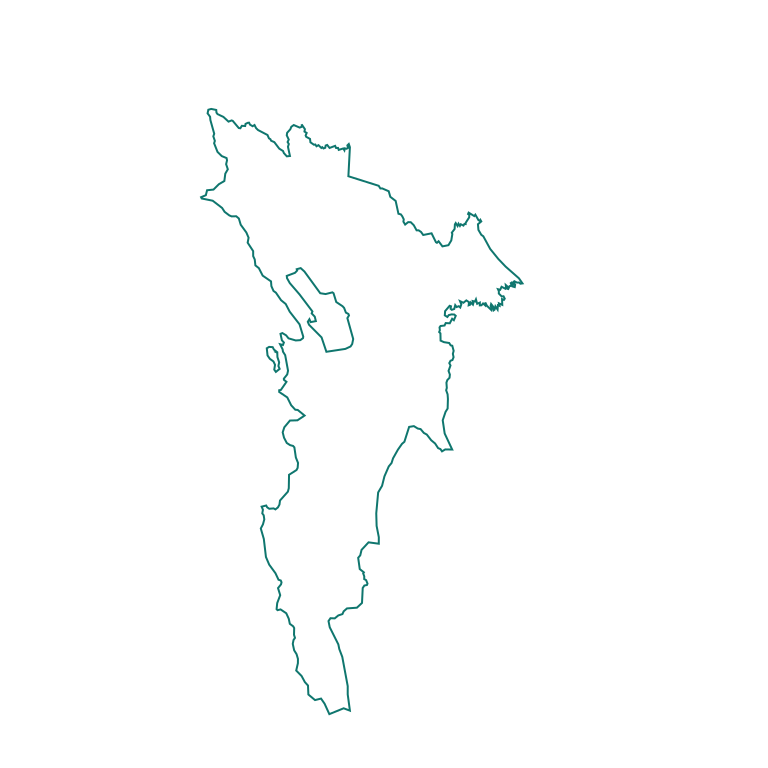 Tapanuli Selatan, Sumatera Utara, Indonesia (Equal Earth projection), rotated 166°
{"feature_id": "22746128B22210082667393", "entity_name": "Tapanuli Selatan", "entity_type": "district", "adm_level": 2, "iso_a3": "IDN", "parent_name": "Indonesia", "parent_adm1": "Sumatera Utara", "projection": "equal_earth", "projection_center": [99.254, 1.551], "detail": "fine", "context": "isolated", "style": "outline", "palette": "teal", "viewbox_px": 768, "rotation_deg": 166, "n_neighbors": 0, "source": "geoboundaries", "source_scale": "gbopen_adm2", "svg_char_len": 6135}
<svg xmlns="http://www.w3.org/2000/svg" viewBox="0 0 768 768"><g transform="rotate(166 384 384)"><path d="M496.1,75.3L494.3,91.6L492.3,99.6L490.5,129.3L491.5,137.7L491.3,142.4L495.5,161.1L495.2,167.4L492.6,169.7L488.5,168.5L484.3,170.5L480.0,170.8L478.1,173.2L474.2,175.2L464.4,173.5L458.3,176.9L454.0,191.2L451.8,193.2L449.2,193.1L448.3,194.3L448.8,198.0L450.4,199.5L449.7,202.1L450.0,205.3L449.1,206.1L452.3,210.3L451.1,221.6L448.5,223.5L445.9,228.5L437.3,234.1L427.7,230.3L426.1,236.6L425.5,248.1L422.8,260.4L415.9,280.2L410.5,285.7L405.9,294.3L399.3,302.9L395.8,305.5L393.2,309.7L386.4,316.9L381.0,321.6L378.2,323.0L370.0,336.3L365.2,335.9L362.0,332.6L359.4,331.4L357.2,326.9L354.7,324.6L351.8,318.0L348.8,313.9L347.0,308.7L345.0,307.2L344.0,304.6L340.4,305.7L333.7,303.9L337.1,321.3L335.8,334.6L331.0,342.1L328.2,344.8L325.6,354.0L324.8,358.6L325.2,362.9L324.0,365.0L323.1,370.2L321.6,372.5L318.9,374.2L317.8,377.2L318.2,381.1L315.0,385.9L315.6,388.5L313.8,390.5L311.8,390.7L310.0,393.2L309.9,396.6L308.4,399.3L308.5,404.6L310.0,405.4L310.8,408.0L315.7,410.1L318.6,412.4L317.0,419.5L317.9,421.1L316.8,422.6L316.4,425.5L315.1,426.6L311.1,426.1L309.4,428.2L305.5,427.0L302.1,430.8L300.8,429.0L297.9,432.8L299.0,434.4L301.6,435.2L304.5,435.2L306.3,433.7L308.4,435.9L307.1,439.9L301.4,444.0L300.2,443.2L301.2,440.9L300.3,439.6L297.7,439.8L295.8,443.3L294.9,441.1L292.6,441.4L291.5,439.8L289.7,442.6L290.2,446.0L287.3,443.6L283.9,445.2L281.7,442.8L282.8,439.9L281.2,440.1L280.0,442.1L278.5,439.5L277.7,440.9L277.8,443.0L275.8,442.0L274.3,443.9L274.2,439.3L271.3,439.8L272.0,437.1L270.4,436.8L268.4,438.2L266.8,435.8L266.0,438.6L265.2,435.0L261.9,429.7L261.2,431.2L261.6,434.0L260.7,435.7L259.3,432.5L259.7,429.0L258.7,429.4L257.1,432.4L255.8,428.8L254.4,432.9L253.0,431.9L252.9,434.4L250.1,432.2L248.9,437.8L247.3,436.6L246.2,437.6L246.8,440.2L248.6,440.5L250.7,444.0L250.1,446.3L250.5,448.4L248.5,447.3L246.4,449.9L243.2,447.1L242.2,448.5L241.9,450.6L240.7,448.8L241.3,446.6L240.5,446.1L238.5,448.6L236.4,448.4L236.6,451.2L235.5,451.6L234.4,449.9L235.6,447.5L233.7,446.4L232.7,448.7L233.7,451.6L232.7,452.2L230.4,450.2L228.4,449.8L227.4,448.3L225.3,448.1L227.5,453.9L237.6,468.5L242.8,477.6L248.3,489.4L251.9,503.3L253.5,505.2L255.1,510.7L254.2,516.3L250.3,518.2L250.8,520.0L251.7,519.2L252.7,520.1L254.4,526.2L255.8,525.1L260.4,529.8L261.3,528.6L260.3,527.6L261.0,525.1L265.8,520.6L266.1,519.4L267.3,519.8L268.6,518.5L270.8,520.4L272.1,519.0L272.9,521.5L274.4,519.5L275.5,522.8L276.6,521.7L278.0,517.3L281.6,514.4L281.4,513.0L284.0,507.0L287.9,503.1L294.0,503.4L296.5,509.3L298.5,508.2L299.3,509.0L301.4,518.7L309.9,519.1L311.3,522.6L313.2,524.7L315.2,525.2L316.7,530.9L318.9,534.5L321.4,535.2L324.9,533.6L325.9,536.8L325.0,539.0L325.7,542.3L326.6,544.5L328.8,545.7L328.4,558.8L332.6,564.1L332.8,569.9L338.4,574.2L340.2,574.6L341.2,577.6L368.3,594.2L359.8,622.0L360.1,625.4L361.8,624.4L361.7,621.8L363.4,621.3L365.0,622.1L365.9,620.3L366.6,622.4L371.3,622.1L371.5,624.2L373.4,624.6L373.8,626.9L379.7,626.2L381.3,629.7L382.9,629.5L383.9,627.4L385.7,627.2L386.6,628.7L387.7,628.2L389.8,631.6L392.0,631.0L392.7,633.0L394.1,633.1L396.9,636.3L396.5,639.7L399.7,642.7L399.9,644.1L398.3,646.3L400.1,648.2L399.1,650.4L401.1,655.8L401.4,653.5L403.8,653.2L408.9,657.1L411.7,656.0L413.3,653.8L417.2,651.2L418.2,648.8L417.3,644.2L419.0,642.1L418.3,639.9L419.8,637.4L420.1,628.0L423.2,628.4L425.3,632.3L425.6,634.5L428.7,637.7L431.9,645.2L434.7,647.4L435.0,649.0L436.2,650.2L436.8,653.8L444.8,660.9L446.2,663.2L447.0,666.6L449.1,665.9L451.3,668.1L451.7,670.2L452.9,670.4L455.4,669.9L456.3,667.9L459.5,668.9L461.5,666.9L463.0,667.5L467.1,675.9L468.1,676.6L471.4,676.2L475.2,682.0L480.2,686.1L480.9,687.8L480.5,690.5L485.1,692.7L488.1,692.6L489.7,689.3L488.1,685.4L488.6,682.1L488.2,667.9L489.7,665.6L489.3,660.8L490.6,658.7L489.4,649.5L486.3,644.4L482.1,641.3L482.2,639.0L484.0,635.5L483.6,630.1L487.1,626.5L489.8,619.6L495.9,617.8L502.4,613.9L508.8,614.8L511.2,610.3L516.3,609.5L516.0,608.1L505.9,603.3L498.5,594.0L497.0,589.6L493.3,585.0L491.3,583.5L486.8,582.5L484.8,579.7L484.5,573.2L480.9,564.3L480.0,558.7L482.1,554.1L478.8,544.6L480.0,539.7L479.3,536.1L480.1,530.2L477.4,526.7L475.5,518.5L468.8,510.9L469.6,506.2L468.7,501.0L466.8,498.8L463.6,490.2L460.0,485.4L458.0,477.0L451.5,462.3L450.9,449.5L451.5,448.1L454.6,446.8L459.1,447.6L465.6,451.4L467.2,454.9L470.3,458.0L472.3,457.7L472.5,451.1L471.1,448.5L472.6,446.3L475.2,447.7L474.0,442.2L474.2,439.8L472.9,435.9L473.9,420.1L475.6,416.7L479.9,413.4L480.1,412.3L478.1,409.7L485.5,403.2L487.2,403.3L487.6,401.6L481.1,394.4L479.2,385.8L476.3,380.5L474.0,379.7L468.7,372.6L476.8,369.7L484.1,371.3L491.2,366.1L494.0,361.6L494.0,356.1L492.6,350.3L489.9,347.4L487.2,345.9L486.3,344.2L487.3,334.0L486.5,328.2L488.1,323.5L489.7,321.7L498.1,318.9L501.6,305.9L503.3,302.8L513.1,296.1L514.6,292.3L516.8,289.9L519.7,288.6L521.2,290.0L525.5,290.7L527.2,292.6L527.7,294.6L532.4,294.6L531.9,291.3L533.4,287.9L532.5,285.7L532.9,281.6L535.4,277.1L538.5,273.6L538.1,262.7L540.4,244.7L539.1,236.5L535.1,226.7L533.7,219.6L531.7,218.3L531.4,216.4L532.4,214.5L536.2,211.6L535.8,204.2L540.6,197.3L542.7,191.5L542.0,190.3L538.9,190.3L534.3,185.2L533.2,179.3L533.4,174.1L530.7,170.8L530.2,168.9L532.0,162.4L531.8,159.2L533.7,157.5L535.4,153.9L535.6,147.3L534.2,143.0L534.0,138.1L535.1,133.9L538.5,127.2L534.6,120.6L532.9,113.9L530.7,109.8L532.5,101.0L527.4,94.0L521.2,94.0L519.0,88.2L516.9,76.9L501.6,79.1L496.1,75.3ZM413.0,427.4L432.1,429.2L433.3,444.3L442.4,459.6L442.9,462.8L440.7,464.9L440.2,461.8L434.9,461.5L434.9,466.1L437.1,470.0L435.9,471.7L444.3,491.4L451.0,504.7L452.5,510.2L452.2,512.4L443.5,513.4L440.8,515.1L440.9,516.5L436.8,516.6L434.0,512.4L423.9,487.5L418.9,485.4L411.9,485.4L411.0,484.3L410.5,475.1L405.4,469.5L404.3,467.5L403.7,462.5L401.6,460.6L401.4,459.0L403.6,456.8L403.0,435.1L405.2,430.5L407.4,428.5L413.0,427.4ZM486.0,421.9L481.6,423.9L482.1,427.0L480.5,430.4L480.9,435.9L480.0,440.1L481.2,441.2L480.4,441.3L482.5,444.1L483.1,446.7L486.5,447.8L489.1,447.0L490.1,439.9L488.7,436.1L485.8,432.6L485.1,429.0L487.0,424.5L486.0,421.9Z" fill="none" stroke="#0f766e" stroke-width="2"/></g></svg>